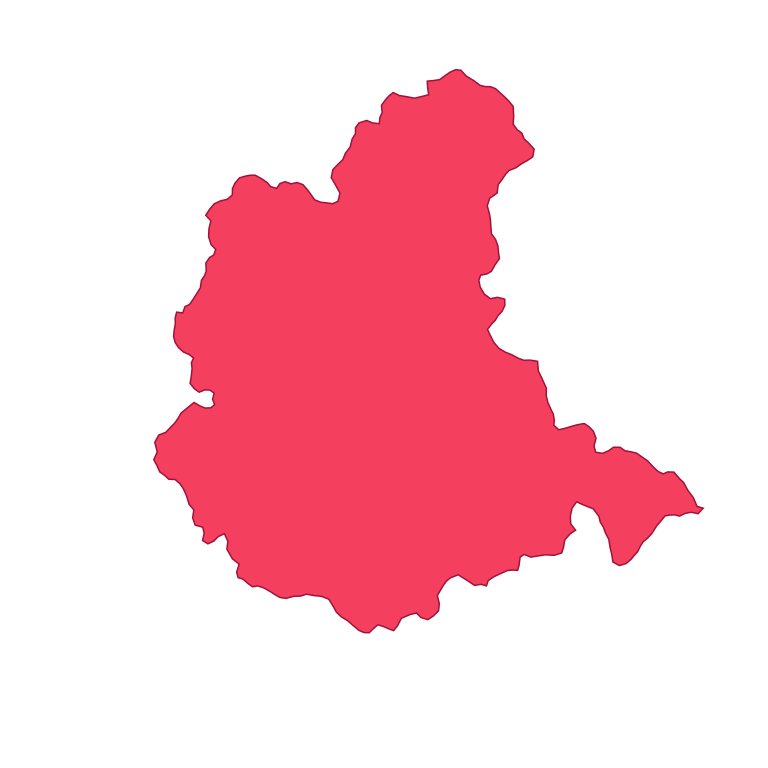 outline of Frei Gaspar, Minas Gerais, Brazil, rotated 336°
{"feature_id": "56859067B78041749577880", "entity_name": "Frei Gaspar", "entity_type": "district", "adm_level": 2, "iso_a3": "BRA", "parent_name": "Brazil", "parent_adm1": "Minas Gerais", "projection": "robinson", "projection_center": [-41.496, -18.141], "detail": "fine", "context": "isolated", "style": "filled", "palette": "rose", "viewbox_px": 768, "rotation_deg": 336, "n_neighbors": 0, "source": "geoboundaries", "source_scale": "gbopen_adm2", "svg_char_len": 4215}
<svg xmlns="http://www.w3.org/2000/svg" viewBox="0 0 768 768"><g transform="rotate(336 384 384)"><path d="M612.3,237.0L616.7,230.5L614.1,222.6L611.7,217.1L612.0,210.9L609.1,205.9L607.7,199.2L611.5,191.9L614.9,183.0L613.0,176.0L611.0,170.9L608.5,165.2L606.0,159.5L602.1,155.6L597.3,153.4L593.2,150.2L589.5,143.5L584.3,136.0L581.9,128.7L577.3,126.0L571.2,126.0L565.1,127.1L558.7,128.6L552.6,126.9L546.7,124.9L544.5,130.7L542.5,137.9L535.9,136.8L528.2,135.3L521.7,130.8L515.3,126.7L511.0,121.5L505.7,122.8L500.5,125.2L495.0,128.4L492.7,135.3L488.7,138.8L485.6,144.2L479.8,140.9L475.4,136.2L467.4,135.3L462.2,138.3L459.8,143.6L454.4,147.4L449.5,153.7L442.6,157.5L437.6,162.3L432.0,164.3L424.6,167.3L419.8,173.9L420.6,182.0L421.4,191.7L416.3,198.4L410.4,198.4L404.8,194.9L400.3,192.3L395.6,187.6L394.5,182.0L393.2,175.9L391.1,169.0L386.5,164.5L380.7,163.4L376.0,159.0L370.5,158.5L365.5,161.6L360.7,157.6L359.3,152.6L355.9,147.0L351.3,140.9L346.5,138.8L341.8,137.7L335.8,136.9L329.7,139.8L325.1,143.8L322.3,149.6L316.0,151.5L308.9,150.2L302.2,150.3L295.7,153.5L289.8,157.3L292.2,164.5L287.3,170.9L283.7,178.0L282.7,186.4L285.0,192.6L280.9,196.9L276.1,197.5L270.5,201.0L267.5,208.6L263.9,212.2L259.4,215.0L255.4,221.4L248.9,225.8L243.6,229.3L238.5,232.3L233.7,232.3L229.1,237.2L223.8,234.0L220.0,238.9L217.8,244.2L214.4,249.2L211.1,255.0L210.1,261.2L211.1,267.2L213.7,273.1L218.2,278.1L220.5,282.8L216.7,286.3L215.0,291.7L211.1,298.5L207.1,304.6L208.9,311.3L211.8,316.3L217.8,316.5L222.3,318.6L225.1,323.2L221.2,328.2L220.8,334.0L216.0,335.3L210.8,333.2L207.1,329.4L203.0,323.6L193.3,326.2L186.8,328.0L182.5,331.2L176.9,334.6L170.8,337.0L164.9,339.4L157.5,339.0L150.9,344.0L149.2,353.9L142.9,359.5L143.4,366.2L143.4,373.1L146.2,377.8L148.6,383.4L154.3,386.3L157.0,392.1L158.1,397.9L158.1,406.1L157.0,414.9L159.1,421.6L154.8,428.3L154.1,436.1L160.1,441.1L159.1,447.0L154.6,453.2L158.1,458.4L164.7,458.3L170.3,456.0L177.3,455.8L177.4,464.2L173.3,470.9L174.4,482.1L178.4,489.6L172.8,496.0L172.0,501.6L175.9,505.0L178.4,510.6L181.4,515.8L186.3,517.0L191.3,521.4L195.4,527.0L198.7,532.0L202.0,536.6L207.3,540.0L215.5,541.3L221.4,543.8L227.7,544.5L234.0,548.8L240.6,552.6L246.0,558.1L247.2,566.9L247.7,573.0L250.3,579.4L254.6,585.6L257.6,592.2L260.9,598.9L264.7,603.0L269.3,605.2L275.1,603.1L280.5,601.5L285.1,605.6L288.5,609.3L292.4,613.2L297.7,610.6L304.6,605.1L314.4,605.2L320.6,606.5L322.7,612.3L328.2,617.1L334.8,616.0L341.6,613.4L345.2,607.2L346.7,598.9L352.5,594.8L356.4,592.0L360.6,589.6L365.8,588.1L374.2,588.5L379.9,597.0L384.8,604.8L391.2,606.5L395.5,610.1L399.2,606.0L405.8,604.8L413.3,604.6L420.9,604.6L425.9,606.3L430.3,608.6L433.7,604.5L437.9,597.6L442.6,596.6L447.8,601.9L455.4,603.9L462.0,605.7L470.0,609.8L477.7,610.6L481.7,606.0L485.8,599.9L493.2,596.6L499.6,595.5L497.7,587.9L500.5,580.4L505.4,573.9L512.0,570.0L517.6,576.2L524.4,583.2L526.5,592.3L525.4,598.1L526.2,603.6L525.7,610.3L526.2,617.3L524.1,624.9L522.8,632.2L520.7,639.8L525.2,645.6L532.2,646.5L538.2,644.7L542.7,642.5L547.5,640.4L552.1,636.5L556.7,633.5L561.5,632.2L567.7,629.6L575.2,624.7L582.0,621.4L587.0,618.8L591.7,619.9L596.4,621.8L600.3,624.9L606.4,624.7L612.5,626.1L618.1,630.2L625.1,627.3L620.2,623.1L620.4,613.8L618.4,605.1L617.6,595.7L615.5,590.8L613.0,582.4L607.4,579.7L602.6,579.7L598.8,575.4L596.2,569.2L593.5,561.3L589.7,555.1L586.6,549.9L581.8,546.2L577.0,543.0L573.9,537.8L567.9,535.1L562.5,536.3L555.6,536.3L549.6,532.4L550.7,526.0L555.6,519.9L556.1,512.3L553.8,506.2L550.8,501.5L543.7,499.8L537.6,498.9L531.3,498.1L525.1,496.9L522.4,490.8L524.9,486.1L526.4,480.5L526.2,474.4L526.2,467.6L527.4,460.7L530.6,454.0L530.6,443.4L530.3,435.0L533.5,425.7L527.2,421.6L521.4,419.2L517.0,414.9L512.8,409.4L507.9,404.4L503.4,398.0L501.3,390.7L500.8,381.9L500.8,376.1L506.9,372.9L511.5,371.1L515.7,368.1L521.4,365.6L526.4,361.4L528.8,355.6L523.0,351.0L515.8,349.3L512.2,342.6L511.3,334.6L512.8,327.9L516.5,323.9L522.9,325.3L528.0,324.7L533.9,320.3L540.4,316.5L542.3,309.8L544.2,304.3L544.7,297.5L543.3,290.4L545.5,284.1L548.0,277.4L549.6,271.3L550.8,263.2L556.2,257.3L565.0,255.6L569.4,248.3L575.4,245.0L580.1,242.0L585.1,239.8L592.5,240.1L599.6,238.7L606.2,238.1L612.3,237.0Z" fill="#f43f5e" stroke="#9f1239" stroke-width="1.5"/></g></svg>